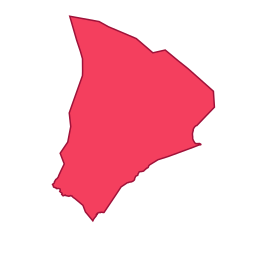 Cagaanxairxan, Uvs, Mongolia (Robinson projection), rotated 192°
{"feature_id": "93677404B56626130004498", "entity_name": "Cagaanxairxan", "entity_type": "district", "adm_level": 2, "iso_a3": "MNG", "parent_name": "Mongolia", "parent_adm1": "Uvs", "projection": "robinson", "projection_center": [94.224, 49.176], "detail": "fine", "context": "isolated", "style": "filled", "palette": "rose", "viewbox_px": 256, "rotation_deg": 192, "n_neighbors": 0, "source": "geoboundaries", "source_scale": "gbopen_adm2", "svg_char_len": 3646}
<svg xmlns="http://www.w3.org/2000/svg" viewBox="0 0 256 256"><g transform="rotate(192 128 128)"><path d="M143.1,29.9L142.9,30.5L142.9,30.8L142.8,31.4L142.7,31.6L142.6,31.8L142.5,32.1L142.3,32.4L142.1,33.0L141.7,33.7L141.1,34.9L140.9,35.3L140.8,35.5L140.7,35.8L140.7,36.1L140.9,36.3L141.0,36.5L140.9,36.9L140.7,37.0L140.2,37.1L140.1,37.4L140.1,37.6L140.3,37.7L140.4,37.9L140.3,38.0L140.2,38.3L139.9,38.5L139.6,38.6L139.4,38.8L139.2,38.9L139.0,39.1L138.8,39.3L138.5,39.3L138.2,39.5L137.9,39.4L137.7,39.4L137.5,39.5L137.3,39.6L137.0,40.0L136.6,40.1L136.2,40.1L135.8,40.1L135.3,40.2L134.9,40.2L134.4,40.2L133.9,40.4L125.8,60.6L122.5,69.0L117.8,73.8L117.7,74.0L117.3,74.3L116.8,74.5L116.4,74.6L116.2,74.8L115.7,75.2L115.2,75.4L114.6,75.6L114.1,75.8L113.5,76.0L112.1,77.0L111.1,78.3L110.9,78.9L110.9,79.5L111.0,80.2L110.8,80.7L110.7,81.3L110.5,82.0L110.4,82.4L109.9,82.9L109.4,83.2L108.6,83.9L108.6,84.6L108.6,85.0L108.6,85.5L108.2,86.3L108.1,86.8L108.0,87.2L108.0,87.3L107.8,87.5L107.5,87.7L107.1,87.8L106.4,88.0L105.2,88.4L104.8,88.7L104.3,88.8L103.8,89.2L103.4,89.6L103.2,90.2L102.9,90.5L102.5,90.9L102.3,91.4L101.8,91.8L101.7,92.2L101.5,92.5L101.1,92.7L100.6,93.0L100.3,93.4L100.1,93.6L99.9,94.4L99.9,94.6L99.9,95.0L99.8,95.5L99.1,96.5L92.1,103.2L82.6,108.6L66.9,118.5L60.1,122.8L55.1,126.1L55.3,126.2L55.4,126.3L55.3,126.6L55.2,126.7L55.1,126.8L54.9,126.6L54.6,126.4L54.4,126.4L54.1,126.4L53.7,126.6L53.3,126.9L53.3,127.0L53.5,127.3L53.8,127.4L54.2,127.5L54.5,127.6L54.8,127.7L55.2,127.6L55.7,127.5L56.5,127.3L57.0,127.1L57.5,127.0L58.0,127.0L58.3,126.9L58.6,126.9L59.1,127.1L59.4,127.3L59.9,127.7L60.3,128.1L60.8,128.6L61.3,129.2L61.7,129.8L62.3,130.6L62.6,131.4L62.7,132.0L62.9,132.8L63.1,133.5L63.4,134.3L63.8,136.0L63.8,137.0L63.8,137.7L63.7,138.1L63.8,138.6L63.7,139.2L63.7,139.5L63.8,139.7L63.9,140.1L63.8,140.6L63.7,141.2L63.7,141.4L63.5,141.7L63.4,142.0L63.2,142.4L63.1,142.8L62.9,143.1L62.6,143.6L62.3,144.0L62.0,144.3L61.7,144.5L61.2,144.7L54.6,155.4L47.8,166.3L52.1,181.7L81.8,198.6L93.0,204.2L107.8,212.0L119.3,206.7L138.5,217.2L168.4,223.0L178.4,226.1L208.2,225.2L196.5,203.3L190.5,193.1L186.9,186.3L184.2,174.1L183.4,169.7L187.3,140.5L188.6,130.5L184.3,117.5L184.0,101.7L189.1,89.2L182.9,79.6L184.8,71.8L185.6,68.2L185.8,67.4L185.9,66.7L185.9,66.3L186.0,65.8L186.2,65.1L186.5,64.6L186.7,64.2L186.9,63.7L187.8,62.8L188.0,62.4L188.3,61.6L188.3,61.4L188.5,60.9L188.6,60.5L188.6,60.2L188.8,59.9L188.7,59.7L188.7,59.4L188.8,58.9L188.8,58.7L189.0,58.4L189.3,58.1L189.5,57.8L189.8,57.6L190.0,57.3L190.1,57.2L190.1,56.9L189.7,56.6L189.5,56.4L189.3,56.3L189.1,56.1L189.0,55.9L188.9,55.7L188.9,55.4L188.8,55.1L188.5,54.8L188.3,54.7L187.9,54.7L187.7,54.6L187.4,54.6L187.1,54.6L186.8,54.5L186.2,54.6L185.9,54.5L185.8,54.4L185.8,54.1L185.7,54.0L185.4,53.9L185.1,54.0L185.0,53.9L184.8,53.9L184.2,54.2L183.6,54.4L183.1,54.4L182.8,54.4L182.5,54.3L182.3,54.3L182.0,54.3L181.8,54.2L181.7,54.0L181.4,53.4L181.3,53.2L181.4,52.8L181.3,52.6L181.4,52.2L181.5,52.0L181.6,51.9L181.4,51.7L181.2,51.6L180.7,51.2L179.9,51.0L179.7,50.8L179.3,50.7L179.1,50.4L178.9,50.2L178.9,49.9L179.0,49.7L179.1,49.3L178.9,49.1L178.4,48.9L178.1,48.7L177.9,48.6L177.7,48.3L177.6,48.2L177.4,48.2L177.1,48.3L176.8,48.5L176.4,48.7L176.1,48.9L175.8,49.2L175.5,49.3L175.4,49.3L175.2,49.3L174.9,49.1L174.7,48.9L174.3,48.9L173.8,49.0L173.5,49.0L173.1,48.9L172.7,49.0L172.4,49.0L172.0,49.0L171.6,48.9L171.3,49.1L171.0,49.4L170.8,49.5L170.6,49.5L170.4,49.6L170.2,49.8L170.0,50.0L169.7,49.9L169.2,49.7L169.0,49.8L168.8,49.9L168.5,49.8L168.4,49.6L167.6,49.0L167.0,48.6L166.4,48.4L165.4,48.0L156.0,43.0L152.2,37.1L143.1,29.9Z" fill="#f43f5e" stroke="#9f1239" stroke-width="1.5"/></g></svg>